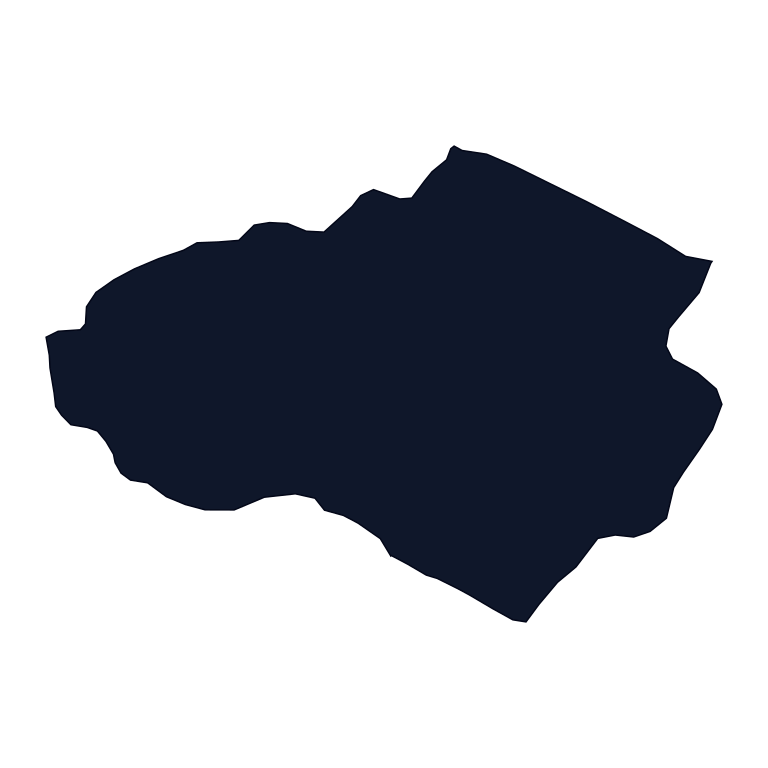 Kramfors, Västernorrland, Sweden
{"feature_id": "70781695B48901631872346", "entity_name": "Kramfors", "entity_type": "district", "adm_level": 2, "iso_a3": "SWE", "parent_name": "Sweden", "parent_adm1": "Västernorrland", "projection": "orthographic", "projection_center": [17.862, 62.994], "detail": "fine", "context": "isolated", "style": "filled", "palette": "ink", "viewbox_px": 768, "rotation_deg": 0, "n_neighbors": 0, "source": "geoboundaries", "source_scale": "gbopen_adm2", "svg_char_len": 1270}
<svg xmlns="http://www.w3.org/2000/svg" viewBox="0 0 768 768"><path d="M454.1,146.1L450.8,148.7L446.6,159.8L432.1,171.7L424.5,181.1L411.8,198.1L399.8,199.0L373.5,189.6L360.7,195.6L352.2,206.6L333.4,223.6L324.0,232.1L306.1,231.2L287.4,223.5L269.5,222.6L254.2,225.1L238.8,240.4L218.3,242.0L197.0,242.8L183.4,250.3L158.6,258.7L134.6,268.8L114.1,279.7L96.0,292.4L86.5,306.8L85.5,323.9L80.3,329.8L58.1,331.3L46.1,337.2L49.3,355.2L50.0,368.0L54.1,392.9L55.7,406.6L61.6,415.2L70.9,424.7L87.2,427.4L97.4,431.0L105.9,441.3L113.5,454.2L114.8,461.0L115.2,462.8L121.1,473.2L130.5,480.1L147.6,482.8L166.4,496.7L185.3,504.5L205.0,509.8L234.2,509.9L264.3,497.2L295.3,493.8L315.0,498.2L324.5,510.2L343.4,515.4L358.0,523.1L380.3,538.6L390.8,556.0L391.3,555.5L407.7,564.2L426.3,575.1L437.2,578.4L456.9,588.2L469.0,594.7L493.1,608.9L512.8,619.8L526.0,621.9L539.0,604.3L557.5,582.3L576.0,566.9L597.7,538.4L615.2,535.0L633.7,537.0L650.1,531.4L666.4,518.2L673.7,487.6L683.4,472.2L699.5,449.2L712.4,429.4L721.9,404.3L716.3,389.1L697.7,373.0L672.5,359.1L665.9,346.1L669.0,328.7L678.7,316.7L699.1,292.6L710.7,263.3L712.0,261.4L685.6,256.4L657.6,238.7L627.0,222.6L586.5,201.6L549.3,183.3L514.4,166.1L486.6,154.2L462.1,150.5L454.1,146.1Z" fill="#0f172a" stroke="#020617" stroke-width="1.5"/></svg>